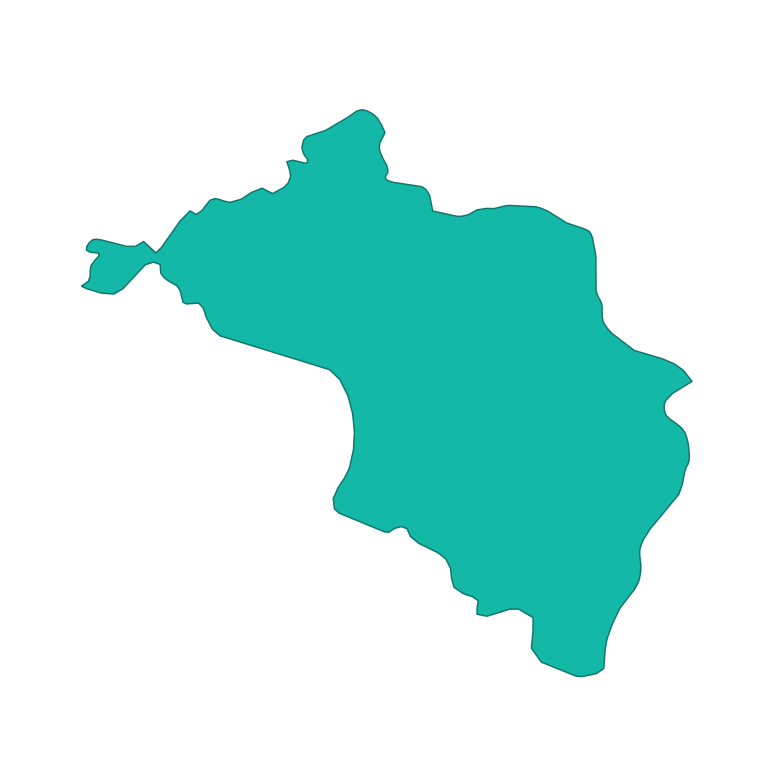 the border of Narayani, rotated 6°
{"feature_id": "NPL-1132", "entity_name": "Narayani", "entity_type": "Administrative Zone", "adm_level": 1, "iso_a3": "NPL", "parent_name": "Nepal", "parent_adm1": "", "projection": "natural_earth1", "projection_center": [84.782, 27.311], "detail": "fine", "context": "isolated", "style": "filled", "palette": "teal", "viewbox_px": 768, "rotation_deg": 6, "n_neighbors": 0, "source": "natural_earth", "source_scale": "10m", "svg_char_len": 2742}
<svg xmlns="http://www.w3.org/2000/svg" viewBox="0 0 768 768"><g transform="rotate(6 384 384)"><path d="M632.3,643.7L631.5,644.8L625.2,649.9L611.6,654.3L605.7,654.5L569.6,644.2L558.2,631.3L558.1,615.0L556.7,600.7L541.4,593.8L532.5,594.8L510.6,604.2L500.6,603.2L500.0,596.9L500.4,589.7L493.7,586.0L488.8,585.3L483.9,583.8L474.9,578.8L471.6,570.2L469.4,560.4L463.7,551.4L454.9,546.0L435.4,538.9L426.3,532.9L426.2,532.9L422.1,525.5L416.0,524.0L409.6,526.5L404.3,530.9L399.9,531.0L352.8,517.1L347.7,513.3L345.5,503.2L349.0,492.4L354.5,481.6L358.4,471.4L360.5,452.7L359.6,434.6L356.0,417.0L349.6,399.9L339.7,384.2L328.2,375.4L215.9,353.2L207.5,347.3L200.2,336.1L196.3,327.3L191.1,322.9L179.2,325.0L175.6,323.7L171.4,312.3L167.8,307.9L158.4,303.9L154.2,301.2L150.5,297.2L148.8,288.5L142.0,286.9L134.2,290.3L114.3,316.6L106.1,322.7L93.6,323.2L78.1,320.2L73.0,318.4L72.6,318.5L73.0,318.2L79.2,312.8L80.5,307.8L80.0,302.4L80.2,297.0L83.1,291.8L87.4,286.0L86.1,283.7L77.9,283.6L74.1,282.0L74.1,278.3L76.2,274.1L79.3,271.0L82.5,270.1L87.2,270.2L113.5,274.0L122.3,273.1L130.1,267.5L143.4,277.4L148.3,271.7L164.2,243.2L173.0,232.1L179.5,235.0L184.5,230.9L191.7,219.5L196.4,217.3L200.7,217.6L205.5,218.8L211.8,219.5L222.5,215.3L232.4,207.2L242.3,202.0L253.2,206.3L263.9,199.0L267.8,193.9L269.4,187.0L267.9,181.5L264.2,173.1L269.9,171.0L283.2,172.7L284.8,171.3L284.4,168.6L282.7,166.6L281.0,164.9L279.1,161.8L277.6,157.1L278.6,149.7L281.5,146.0L299.2,138.0L320.1,122.6L328.3,115.4L330.8,114.4L334.2,113.5L338.4,114.2L342.2,115.5L345.7,117.3L349.5,120.2L353.9,125.8L358.6,133.7L357.7,136.8L355.4,142.5L354.7,145.2L354.5,147.8L354.8,150.9L356.4,154.6L359.2,159.6L364.2,166.9L365.4,170.7L365.7,173.4L363.8,176.9L364.0,179.1L365.8,181.1L372.2,182.5L400.9,183.8L404.9,185.9L407.8,189.1L409.7,191.8L414.4,206.9L438.9,209.6L443.6,209.1L449.9,207.0L458.3,201.1L467.0,198.8L475.2,198.0L485.9,194.2L490.2,193.3L516.9,191.9L522.2,192.9L528.8,195.0L549.0,204.8L567.8,209.0L572.0,210.7L574.2,213.3L576.1,217.0L581.3,234.5L584.6,264.1L585.2,269.5L586.6,272.4L588.3,275.5L590.2,278.1L591.7,280.7L592.7,283.6L594.0,294.5L594.1,295.1L595.7,299.6L599.5,304.5L604.9,309.6L629.4,324.5L646.3,327.6L658.9,330.0L670.6,333.7L680.4,339.2L690.0,349.2L671.9,363.2L665.7,371.3L665.0,374.6L665.1,378.8L666.2,382.9L668.1,386.0L671.6,388.8L681.2,394.3L684.3,396.6L686.6,398.9L688.6,401.4L690.7,405.7L692.9,411.9L695.1,422.9L695.4,428.3L694.6,432.2L693.6,434.3L692.9,436.7L692.2,440.4L691.2,452.4L688.7,463.0L663.9,500.2L658.3,511.4L656.6,516.8L655.7,522.2L656.0,525.9L656.7,530.0L657.4,532.8L658.3,537.2L658.9,543.1L658.4,551.4L656.9,556.8L654.6,562.0L641.9,582.5L635.9,599.7L632.4,614.6L631.7,624.2L632.3,643.5L632.3,643.7Z" fill="#14b8a6" stroke="#0f766e" stroke-width="1.5"/></g></svg>